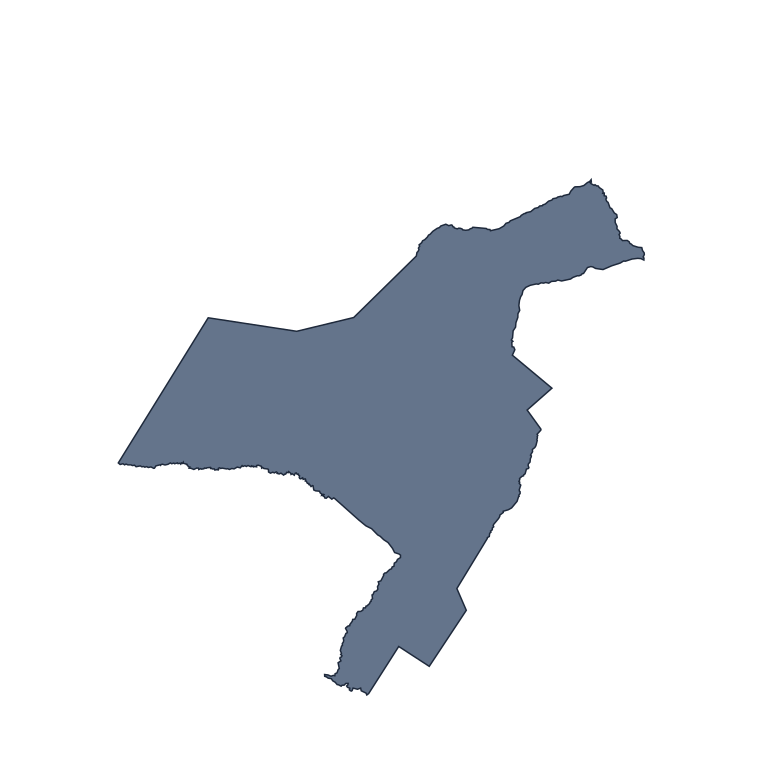 the district of San Rafael, Mendoza, Argentina, rotated 121°
{"feature_id": "61730980B42121604183922", "entity_name": "San Rafael", "entity_type": "district", "adm_level": 2, "iso_a3": "ARG", "parent_name": "Argentina", "parent_adm1": "Mendoza", "projection": "orthographic", "projection_center": [-69.079, -35.05], "detail": "fine", "context": "isolated", "style": "filled", "palette": "slate", "viewbox_px": 768, "rotation_deg": 121, "n_neighbors": 0, "source": "geoboundaries", "source_scale": "gbopen_adm2", "svg_char_len": 6171}
<svg xmlns="http://www.w3.org/2000/svg" viewBox="0 0 768 768"><g transform="rotate(121 384 384)"><path d="M390.8,217.1L389.9,217.5L388.3,216.8L383.6,218.1L382.0,216.7L381.1,216.7L379.5,218.6L378.0,219.1L375.7,218.6L372.6,220.1L370.5,220.3L369.7,220.7L369.5,221.8L365.5,221.8L363.7,223.1L360.8,222.0L358.7,222.0L353.4,223.6L353.0,224.3L351.1,224.8L350.2,225.6L349.0,225.6L348.2,226.9L342.9,225.8L341.9,226.2L332.6,247.9L301.1,237.9L293.2,288.8L287.2,289.5L285.5,291.8L286.1,293.4L282.4,296.0L281.0,295.5L280.7,297.5L278.2,297.6L271.9,300.7L267.5,300.5L263.5,302.5L257.9,303.6L254.8,305.4L251.0,305.6L247.3,308.8L242.6,310.9L238.8,311.8L236.3,311.7L232.3,313.0L228.1,312.2L224.1,309.5L219.8,305.0L219.0,303.1L216.4,301.5L215.3,299.1L213.7,297.7L212.7,294.7L209.8,293.3L207.4,289.8L205.4,288.6L204.2,284.8L197.9,278.1L195.4,277.0L191.6,274.0L190.9,272.6L188.9,271.1L187.3,270.9L186.5,269.9L179.4,269.6L176.8,267.2L176.1,265.3L176.0,262.2L173.1,255.2L165.3,249.6L158.5,243.7L155.2,242.0L154.4,240.3L149.1,235.7L145.6,231.2L144.2,228.3L143.9,225.1L142.2,226.0L141.6,227.3L139.0,227.5L137.6,228.5L136.4,231.2L134.3,233.3L135.9,236.6L137.2,242.0L136.7,244.2L136.9,245.6L135.8,247.2L135.7,249.5L138.2,253.4L137.5,255.9L137.7,257.0L136.0,257.8L134.8,259.5L133.0,259.3L132.0,260.7L131.0,264.3L128.8,265.4L126.5,269.0L123.4,270.9L121.2,269.8L118.9,271.8L118.8,274.6L116.4,279.2L116.6,281.0L112.9,285.5L112.8,287.0L111.8,288.4L111.2,289.1L109.9,289.0L108.6,290.3L109.2,292.2L106.9,293.5L107.8,294.7L106.9,294.8L105.0,296.4L104.7,300.8L103.9,302.4L104.7,303.9L104.5,305.8L105.5,306.2L105.6,309.8L105.3,310.8L104.2,310.2L102.2,311.7L104.5,312.0L106.6,313.4L110.9,314.9L113.9,317.6L116.6,321.8L117.6,322.3L122.4,323.2L126.0,323.0L129.9,327.1L131.7,327.9L132.0,329.1L134.3,331.4L135.7,331.9L138.1,334.6L140.0,334.9L142.5,337.1L146.6,338.4L148.7,340.1L149.5,340.0L151.3,342.3L153.3,342.7L155.9,345.3L160.7,347.0L164.0,350.5L164.8,350.4L165.7,351.6L168.9,353.3L170.3,353.3L179.1,359.8L181.1,360.1L183.4,362.2L186.9,362.7L191.6,365.3L197.8,371.7L197.0,372.7L198.2,375.0L198.0,376.4L203.9,388.6L205.4,388.9L206.4,390.0L208.2,390.7L210.2,393.2L211.3,395.9L210.9,396.7L211.1,398.4L211.9,400.2L213.3,401.1L214.0,404.1L213.4,404.9L213.7,406.0L212.8,407.2L213.0,408.3L214.9,410.0L215.2,413.3L219.3,416.7L221.4,417.1L223.2,418.6L228.0,420.8L232.0,421.6L233.4,422.5L235.8,422.5L239.3,423.4L241.4,424.7L243.5,424.5L246.7,425.6L247.5,424.4L249.8,424.5L250.7,423.3L253.0,423.1L254.2,423.5L257.7,422.2L342.6,444.2L383.8,486.0L417.8,568.8L588.5,571.1L588.9,568.7L586.8,566.7L586.9,564.7L585.5,563.9L585.2,561.8L583.6,559.2L583.5,557.7L582.1,556.0L582.6,553.9L579.7,550.7L579.7,548.9L578.5,547.5L578.5,546.2L577.0,544.8L577.0,543.1L575.1,541.0L574.9,538.0L574.4,537.4L571.6,537.3L568.7,534.4L568.8,533.6L568.0,533.7L566.9,532.7L566.2,530.0L564.1,527.8L561.7,526.5L561.7,524.9L560.0,523.4L560.2,522.4L558.0,520.4L558.4,519.6L557.0,518.1L557.4,516.9L555.9,516.9L555.9,515.9L554.5,515.8L555.3,515.1L554.5,512.5L554.8,511.9L554.3,511.6L555.6,509.1L555.2,507.7L556.5,507.7L555.7,506.1L555.2,503.0L552.6,501.3L551.7,499.7L552.7,498.7L551.0,497.6L551.0,496.6L549.4,494.7L548.6,494.7L547.8,493.0L547.0,492.6L544.9,489.8L545.7,489.1L545.1,488.5L545.3,487.5L544.2,485.8L544.9,484.7L543.1,482.7L543.2,481.9L542.4,481.7L541.5,482.5L540.5,481.8L540.5,480.4L539.5,479.5L537.9,475.2L537.1,474.4L536.9,472.5L534.8,470.9L534.0,468.8L530.8,467.0L529.9,464.0L527.0,463.6L527.3,462.4L525.6,461.1L525.6,459.5L523.9,458.6L523.6,455.9L522.3,455.3L522.8,454.6L521.8,453.9L522.2,453.0L521.4,452.5L520.6,450.5L519.5,451.2L518.4,450.1L517.7,446.8L519.1,445.5L518.1,445.0L518.3,443.4L516.7,439.8L516.9,439.0L518.9,437.6L518.9,435.4L516.9,433.9L516.7,432.2L514.8,431.1L514.9,429.7L515.7,429.6L515.1,427.5L513.5,426.4L513.8,423.1L512.3,422.6L511.9,421.9L509.8,421.9L509.4,420.5L508.2,420.6L508.6,418.0L509.4,417.1L508.2,416.5L508.4,413.9L506.1,414.1L505.4,413.3L506.1,412.0L505.4,411.1L506.1,410.4L506.1,409.2L507.8,408.5L508.4,407.6L508.2,406.5L506.3,405.4L507.4,404.2L505.9,402.7L506.1,402.1L507.7,401.5L507.3,400.6L508.6,398.5L508.0,397.1L508.9,396.6L508.6,395.7L509.5,393.7L507.9,393.0L507.8,392.4L511.0,389.6L510.8,387.6L509.1,384.0L510.2,382.7L510.4,380.6L511.5,380.2L509.9,379.3L509.7,378.5L511.3,378.7L511.3,377.1L512.2,376.1L511.7,374.7L509.0,373.8L509.6,369.4L507.6,368.5L507.5,367.6L513.6,335.3L514.9,326.5L514.4,320.1L516.6,311.7L516.5,308.8L517.6,304.1L517.8,298.9L520.5,292.1L523.0,288.1L522.0,283.6L522.2,281.7L524.3,280.5L527.4,282.1L529.9,281.8L532.3,282.9L535.1,281.6L536.6,282.8L538.5,282.4L540.2,283.6L544.7,284.8L545.5,285.9L547.3,286.4L548.3,285.7L554.3,285.3L556.5,287.1L558.1,285.3L561.1,285.2L563.0,283.6L565.2,283.8L567.0,285.4L570.3,285.0L571.0,285.6L573.9,283.3L575.9,283.8L577.0,283.1L577.7,283.6L579.7,283.3L583.2,284.4L583.6,285.0L585.4,284.6L586.5,286.3L588.8,285.7L590.9,286.8L592.4,289.1L594.8,289.3L596.4,288.2L600.7,287.9L601.9,289.6L603.6,289.0L607.7,289.4L608.8,288.9L610.0,290.2L612.7,291.2L613.3,291.1L615.0,288.2L616.1,287.4L617.5,288.2L621.0,287.6L622.7,288.2L624.5,286.5L626.2,285.9L627.9,286.1L629.5,285.0L630.5,285.4L634.9,284.2L636.8,281.7L638.2,281.8L638.5,280.1L639.8,279.9L641.0,280.8L642.0,280.5L643.5,278.3L646.6,279.8L650.9,275.8L652.4,276.2L655.8,275.5L657.5,276.7L659.4,275.9L659.9,277.4L661.8,278.9L662.2,282.1L663.6,285.3L665.1,284.3L664.7,282.5L664.9,280.4L663.7,277.3L664.8,275.2L664.8,272.2L665.8,269.3L665.3,268.3L665.1,265.1L663.8,264.8L662.7,263.1L660.3,262.5L659.1,260.5L660.5,260.0L662.1,260.5L662.8,259.1L662.4,256.6L664.0,256.2L664.2,254.8L664.0,253.8L663.2,253.4L660.6,253.9L659.3,249.5L656.7,247.4L658.7,245.5L658.2,240.2L659.4,238.6L657.3,237.7L601.4,236.2L602.7,199.8L535.6,196.9L521.8,216.2L463.3,215.9L462.4,216.3L460.5,215.2L457.6,216.5L455.9,216.0L455.2,216.9L453.2,216.1L451.6,217.0L449.9,216.4L449.1,217.5L447.8,217.7L440.3,216.5L437.8,216.6L436.8,217.2L432.7,215.6L431.7,216.3L427.8,212.7L424.5,210.8L416.0,209.5L411.4,210.6L410.7,210.3L409.9,211.2L407.8,210.9L406.2,211.9L406.1,212.7L405.0,213.6L400.2,214.7L399.6,216.8L398.2,217.1L398.1,218.1L396.0,218.4L395.2,219.1L392.3,218.3L390.8,217.1Z" fill="#64748b" stroke="#1e293b" stroke-width="1.5"/></g></svg>